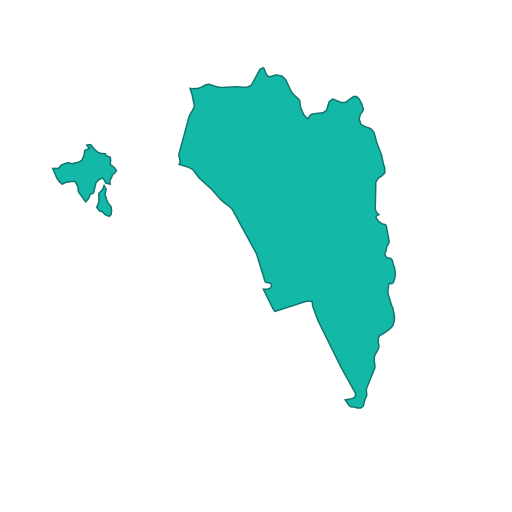 an SVG outline of Kedah, rotated 338°
{"feature_id": "MYS-1140", "entity_name": "Kedah", "entity_type": "State", "adm_level": 1, "iso_a3": "MYS", "parent_name": "Malaysia", "parent_adm1": "", "projection": "natural_earth1", "projection_center": [100.502, 5.804], "detail": "fine", "context": "isolated", "style": "filled", "palette": "teal", "viewbox_px": 512, "rotation_deg": 338, "n_neighbors": 0, "source": "natural_earth", "source_scale": "10m", "svg_char_len": 3575}
<svg xmlns="http://www.w3.org/2000/svg" viewBox="0 0 512 512"><g transform="rotate(338 256 256)"><path d="M257.7,75.9L259.8,77.1L264.6,78.8L268.2,79.1L273.7,78.4L276.9,79.3L283.8,85.0L287.7,87.1L300.8,91.5L308.2,95.2L312.0,96.3L315.9,95.7L329.7,84.3L333.4,84.3L333.7,85.8L333.6,91.4L334.2,93.5L336.0,95.0L338.0,95.3L340.2,95.3L342.7,95.7L347.6,99.0L349.6,103.8L350.2,115.7L350.7,118.5L351.7,121.2L354.2,126.3L354.7,128.4L354.2,130.7L353.5,132.8L353.4,133.0L353.0,135.2L353.2,142.4L353.7,144.5L355.5,148.2L356.4,148.1L357.6,146.4L360.3,145.4L363.1,145.8L372.1,148.4L376.1,147.2L381.8,140.2L385.9,139.2L392.8,145.8L396.3,147.1L406.2,144.7L408.9,145.7L410.4,149.0L411.0,154.0L410.6,160.1L408.6,162.2L405.8,163.7L402.9,167.9L402.7,173.6L406.1,177.4L410.1,180.8L411.7,185.8L410.5,195.5L410.2,209.7L408.7,217.9L408.3,222.5L406.7,227.1L402.8,228.8L398.3,229.8L394.7,232.5L385.9,253.2L384.5,255.9L384.0,258.9L384.4,261.7L385.5,263.7L384.1,263.7L383.3,263.8L382.5,264.1L382.0,264.7L381.7,265.4L382.5,269.5L382.9,270.2L383.8,271.4L384.5,272.9L385.0,273.5L386.8,274.7L387.4,275.2L387.8,275.7L388.0,276.4L387.9,277.8L385.0,292.1L384.6,293.0L383.9,293.9L381.2,296.0L380.1,297.3L378.6,299.7L376.8,301.6L376.4,302.3L376.1,303.5L376.4,305.5L376.9,306.6L377.5,307.3L378.1,307.6L378.8,307.9L379.5,308.3L380.0,308.8L380.4,309.5L380.6,310.5L380.6,311.7L380.1,316.0L380.1,318.1L380.0,319.1L379.3,322.2L377.9,325.9L376.5,328.4L373.8,331.6L372.3,332.4L371.3,332.6L370.3,331.6L369.7,331.2L368.9,331.7L367.9,332.9L366.3,335.8L365.4,337.2L364.3,340.5L363.4,350.2L363.2,352.2L363.3,354.3L363.2,356.4L361.8,363.6L361.2,365.2L360.6,366.7L359.8,368.0L357.0,371.7L355.5,372.5L353.3,373.5L347.9,375.1L340.5,376.3L338.9,377.6L336.9,382.2L336.4,385.0L336.2,385.8L335.5,387.0L334.4,388.2L329.2,392.4L328.5,393.2L327.7,394.4L326.1,398.4L325.2,402.2L325.0,402.8L324.8,403.2L324.0,404.6L308.8,420.3L307.8,422.4L306.8,426.0L306.5,426.7L306.0,427.3L302.8,430.4L299.8,434.7L299.2,435.2L298.5,435.6L297.6,435.9L296.2,436.1L294.6,435.6L293.1,434.9L290.9,433.1L288.5,431.8L287.7,431.6L286.4,429.6L284.8,422.8L291.4,424.2L294.0,424.1L294.7,423.8L295.3,423.4L295.9,422.7L296.5,421.7L296.7,420.7L296.7,419.7L293.1,390.6L289.3,339.4L289.7,324.4L290.1,322.3L291.1,319.3L287.4,317.3L284.0,316.7L252.7,314.5L251.9,310.7L250.4,289.5L252.4,290.5L254.9,291.2L257.4,291.0L259.2,289.5L259.6,287.1L257.9,285.6L255.8,284.5L254.8,283.4L257.3,254.2L251.5,204.0L249.7,199.7L246.6,194.9L244.0,189.6L240.2,178.4L232.4,162.1L229.8,152.1L226.5,148.3L219.5,142.6L219.2,142.2L219.3,142.2L220.9,140.2L221.7,137.1L222.0,134.5L222.4,133.3L222.6,132.7L246.3,101.6L248.5,99.6L253.6,95.6L254.5,94.6L255.1,93.6L257.2,82.5L257.3,80.6L257.3,79.5L257.7,75.9ZM155.2,116.4L157.4,120.3L158.2,122.5L158.6,124.6L156.4,125.9L153.3,126.9L151.4,129.2L148.7,131.2L147.7,134.8L144.2,132.2L143.2,126.3L139.0,126.4L135.1,128.0L131.8,132.8L128.9,136.7L125.3,136.7L122.6,139.8L120.0,141.2L118.3,142.0L115.4,129.9L116.8,125.6L116.2,119.1L112.7,117.8L107.1,116.5L103.2,116.8L101.4,113.3L100.5,108.9L100.3,98.6L105.5,100.8L109.7,98.7L116.7,99.0L119.9,101.5L127.3,102.6L130.6,101.8L134.1,98.5L136.7,94.0L138.7,93.9L142.0,93.8L141.0,91.7L140.6,89.8L142.6,90.1L144.6,91.1L146.2,96.6L147.9,100.1L150.4,102.6L154.8,104.9L154.6,107.0L156.1,108.1L157.9,109.9L157.0,113.0L155.2,116.4ZM130.6,146.9L133.7,139.2L138.7,136.9L141.5,133.8L142.1,138.1L140.5,140.2L138.9,142.9L138.9,146.0L138.6,147.6L138.7,151.6L140.1,155.9L139.2,159.6L137.2,163.2L134.8,164.3L131.3,160.8L130.1,157.0L128.1,156.3L126.5,151.4L130.6,146.9Z" fill="#14b8a6" stroke="#0f766e" stroke-width="1.5"/></g></svg>